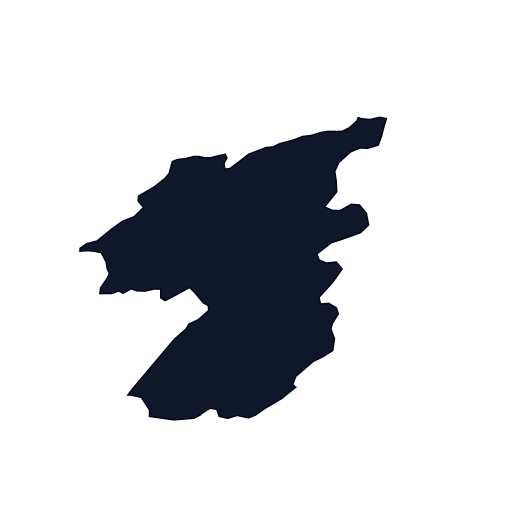 outline of Östersund, Jämtland, Sweden, rotated 320°
{"feature_id": "70781695B37612072070756", "entity_name": "Östersund", "entity_type": "district", "adm_level": 2, "iso_a3": "SWE", "parent_name": "Sweden", "parent_adm1": "Jämtland", "projection": "equal_earth", "projection_center": [14.922, 63.252], "detail": "fine", "context": "isolated", "style": "filled", "palette": "ink", "viewbox_px": 512, "rotation_deg": 320, "n_neighbors": 0, "source": "geoboundaries", "source_scale": "gbopen_adm2", "svg_char_len": 1892}
<svg xmlns="http://www.w3.org/2000/svg" viewBox="0 0 512 512"><g transform="rotate(320 256 256)"><path d="M252.6,129.9L242.4,137.0L236.1,138.0L222.8,137.7L214.4,136.3L204.6,134.5L201.1,138.0L201.1,146.5L187.8,147.6L176.6,143.7L163.4,142.6L143.8,142.3L134.0,137.7L126.3,137.0L124.2,139.1L130.5,143.7L134.7,147.9L139.6,153.9L137.4,164.2L133.9,169.9L132.5,175.2L127.6,177.4L116.4,180.6L112.2,184.5L117.1,188.4L121.3,192.0L128.3,194.5L130.3,199.1L139.4,200.9L142.2,205.9L148.5,211.6L156.9,215.9L161.8,220.2L156.2,226.7L157.6,231.7L172.3,234.9L184.9,237.4L185.6,246.0L185.5,257.9L187.6,263.3L184.8,267.3L170.8,267.7L161.0,265.1L155.4,266.9L151.5,267.0L140.6,267.3L140.5,267.2L75.4,278.5L67.8,280.3L69.7,280.8L77.3,290.5L75.5,305.5L71.3,310.4L87.8,328.8L104.4,340.5L110.6,341.8L110.2,341.3L110.3,341.4L122.9,343.0L127.4,348.2L124.7,355.2L130.1,362.2L139.1,366.0L146.2,375.1L153.4,377.5L166.5,378.7L176.8,380.5L184.5,381.7L201.7,382.0L201.9,382.1L201.6,378.1L209.0,373.8L231.8,373.5L242.9,376.2L254.0,377.7L262.8,370.0L266.5,360.0L270.9,356.9L282.0,353.1L284.2,347.3L281.2,338.9L274.6,334.3L277.5,328.2L297.4,325.5L313.6,321.3L313.6,312.2L305.5,306.8L301.8,299.6L304.0,293.5L322.4,294.3L333.4,298.8L351.1,305.3L362.2,304.6L368.0,294.3L368.0,291.1L368.0,283.3L362.1,277.6L349.6,275.3L343.7,270.0L340.0,262.4L348.1,260.9L359.1,258.7L365.7,250.0L370.8,241.7L379.6,237.5L395.8,237.1L405.3,240.2L410.5,245.1L420.8,249.6L428.9,245.1L436.2,239.8L444.2,234.5L439.8,229.2L431.0,224.7L425.1,218.7L423.3,215.7L419.8,217.5L409.6,217.7L401.9,215.8L395.9,210.8L390.7,206.4L384.7,202.9L376.6,199.6L368.5,194.4L359.0,191.1L346.2,185.1L339.4,183.5L333.4,179.4L323.1,175.9L315.9,173.3L303.5,172.9L291.9,172.2L288.1,169.4L291.1,164.4L296.6,162.3L297.9,158.4L290.2,154.3L284.2,151.5L279.5,147.4L276.6,143.5L272.7,140.0L264.6,136.1L257.8,131.6L252.6,129.9Z" fill="#0f172a" stroke="#020617" stroke-width="1.5"/></g></svg>